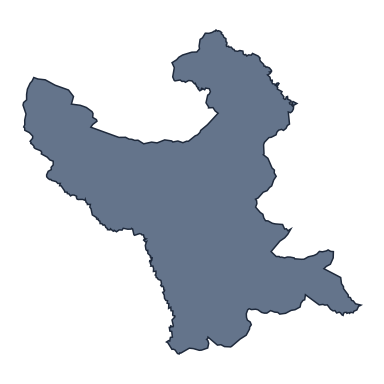 outline of Rio Verde, Goiás, Brazil
{"feature_id": "56859067B61062500019904", "entity_name": "Rio Verde", "entity_type": "district", "adm_level": 2, "iso_a3": "BRA", "parent_name": "Brazil", "parent_adm1": "Goiás", "projection": "mercator", "projection_center": [-51.014, -17.719], "detail": "fine", "context": "isolated", "style": "filled", "palette": "slate", "viewbox_px": 384, "rotation_deg": 0, "n_neighbors": 0, "source": "geoboundaries", "source_scale": "gbopen_adm2", "svg_char_len": 5922}
<svg xmlns="http://www.w3.org/2000/svg" viewBox="0 0 384 384"><path d="M169.9,331.1L171.7,331.4L172.4,337.1L170.4,337.4L169.7,341.0L168.6,340.6L166.5,342.0L167.8,342.7L171.9,349.3L173.5,349.2L175.2,350.1L177.5,353.5L179.2,354.0L179.9,352.8L180.8,353.1L189.3,348.2L193.4,348.6L199.3,350.3L201.6,350.1L207.7,348.0L208.7,343.3L207.8,340.5L206.6,339.4L207.7,338.5L208.0,337.1L217.4,345.1L221.0,344.7L224.5,346.6L230.7,346.9L231.8,346.2L240.2,339.0L246.2,335.2L249.5,329.1L249.7,327.1L251.3,324.8L250.2,322.0L247.4,320.1L246.5,317.4L246.3,313.7L247.7,309.8L249.2,308.7L251.4,309.6L255.5,309.2L257.8,309.7L261.6,312.4L264.2,313.1L266.9,313.1L270.6,310.6L274.6,312.1L277.8,312.4L279.7,314.1L285.6,313.3L291.1,310.4L295.1,309.7L300.1,307.0L300.9,303.2L303.0,300.4L304.7,299.8L305.4,294.7L319.2,304.9L322.9,304.4L324.8,305.1L327.3,304.9L330.5,309.2L333.0,310.9L334.9,310.6L336.7,313.0L339.1,312.2L340.3,312.7L342.0,314.9L343.1,315.4L343.6,313.2L344.8,312.4L346.7,312.4L346.9,313.3L349.2,312.6L349.6,313.3L350.8,312.3L353.2,312.8L353.8,311.3L356.9,309.9L358.9,305.5L359.6,305.9L361.0,305.1L355.5,303.8L353.3,300.9L351.6,300.4L350.4,297.6L348.3,297.0L348.2,294.9L343.5,288.6L343.5,286.7L341.5,283.7L340.7,277.5L323.9,268.7L326.3,266.4L330.4,264.2L333.2,257.9L333.4,251.6L330.7,251.4L328.1,249.9L326.4,250.9L322.4,251.8L319.4,251.4L316.8,254.1L313.9,255.5L308.3,256.8L304.1,259.2L301.5,259.3L294.7,258.8L294.2,257.9L290.2,257.1L287.3,257.0L284.6,257.9L281.7,257.1L280.2,257.3L279.2,256.5L276.2,256.5L271.1,251.6L279.9,241.1L284.7,237.8L287.7,234.4L290.8,229.0L287.9,230.7L286.4,228.8L284.6,229.0L282.6,224.5L275.3,223.9L272.4,223.3L268.0,220.9L265.5,220.7L263.8,217.9L262.9,214.3L260.2,212.4L255.6,207.1L256.9,203.7L256.6,200.7L255.5,199.2L258.1,198.0L263.2,192.2L267.1,190.7L269.5,187.5L271.7,185.9L273.7,180.0L276.2,176.3L274.2,172.9L274.4,170.1L272.0,167.9L267.9,158.3L263.3,154.7L264.0,153.9L263.6,144.7L264.4,142.4L268.9,137.6L271.2,137.3L276.1,134.8L276.8,132.3L278.6,130.2L281.5,129.4L283.5,130.4L286.0,128.4L287.4,125.5L289.5,124.1L288.3,112.0L290.5,112.7L292.2,111.3L293.4,109.0L293.7,105.3L296.9,103.5L293.0,101.5L292.0,102.5L292.8,105.2L292.4,105.9L290.8,104.0L289.7,103.9L289.4,102.7L291.2,101.6L290.7,100.5L287.8,99.3L287.5,96.5L286.3,96.9L285.7,99.1L284.9,99.4L283.5,98.4L283.8,96.7L281.1,93.3L282.0,91.6L277.3,89.1L277.7,87.4L276.9,86.8L279.0,83.5L278.2,82.9L276.8,83.3L276.0,85.6L275.2,85.4L275.1,84.1L272.5,83.7L271.8,81.9L272.4,81.1L272.1,80.1L270.6,80.5L270.0,77.2L267.5,74.9L269.9,73.7L270.7,72.7L269.6,72.0L271.5,71.5L271.5,70.5L269.4,67.9L266.9,66.9L266.1,67.3L265.1,66.1L264.1,66.2L263.6,64.3L260.4,61.2L259.6,58.9L260.1,58.1L258.1,56.0L252.5,53.4L251.3,55.1L248.4,54.9L246.8,56.0L245.7,54.5L244.6,54.9L243.3,54.1L242.9,51.1L239.8,50.5L237.7,51.3L234.8,50.9L234.0,49.4L233.1,49.4L231.2,47.1L229.0,47.2L228.6,46.2L226.6,46.4L226.3,44.8L226.9,44.1L226.9,42.4L226.0,41.8L225.9,38.6L223.9,37.4L223.0,35.1L221.3,33.7L221.7,32.6L220.1,31.3L218.4,30.7L217.5,31.1L216.0,30.0L215.3,31.2L214.4,31.0L212.2,32.4L209.0,33.3L205.3,33.2L202.5,37.8L200.1,39.4L199.1,46.1L199.5,48.9L196.8,52.0L191.7,52.2L182.6,55.0L178.9,57.2L176.7,59.7L172.0,62.7L174.3,67.7L172.7,76.9L174.2,80.4L175.0,80.9L180.2,80.0L181.9,81.4L184.1,81.3L185.4,82.3L188.7,80.5L191.9,80.9L194.5,83.8L195.3,83.3L196.7,86.6L198.4,87.9L197.9,88.6L199.8,90.8L201.8,89.6L201.3,89.0L201.8,88.2L204.7,89.8L205.7,88.1L209.3,88.7L210.4,91.7L209.2,94.1L207.7,95.1L206.0,102.8L208.6,106.9L208.5,107.9L213.0,107.6L215.2,111.0L218.1,113.2L207.4,124.8L200.7,130.4L199.9,132.5L197.5,134.9L195.2,135.8L188.4,141.3L186.6,141.2L182.9,142.7L177.9,141.0L172.8,142.0L171.7,140.9L164.7,139.9L157.1,142.9L151.6,142.1L143.7,143.8L138.0,140.2L134.7,140.4L131.9,139.3L129.0,139.1L125.6,137.3L118.9,137.4L90.8,127.2L92.7,124.5L97.0,121.2L96.4,119.6L92.7,117.4L93.0,113.5L92.0,111.6L86.4,107.5L84.3,106.7L80.3,105.3L71.4,104.1L73.5,96.5L68.5,90.0L55.1,85.2L45.2,79.8L37.9,79.0L33.8,77.5L32.1,81.0L30.1,83.3L27.4,89.2L26.6,94.3L26.6,99.9L23.6,102.5L23.0,105.1L26.0,114.0L24.7,120.2L24.8,124.7L23.7,127.0L24.6,127.8L24.8,130.3L29.4,132.6L32.7,136.1L32.6,138.3L30.1,141.3L31.1,142.5L30.8,143.4L32.5,144.5L34.1,146.5L34.0,147.5L35.3,148.6L40.7,150.8L41.7,152.3L41.3,153.9L47.2,157.1L49.8,159.9L53.2,161.2L53.2,164.9L51.1,167.3L51.3,169.6L48.2,171.3L46.6,174.9L46.7,176.8L48.3,178.6L49.8,179.6L50.8,179.4L51.6,180.4L56.1,181.6L57.9,183.5L60.3,183.4L59.6,185.7L61.1,185.8L64.6,190.9L64.7,192.0L67.3,192.3L67.3,193.6L69.0,193.9L70.5,195.9L72.2,195.0L74.1,195.1L76.6,196.3L76.4,197.6L77.2,199.2L78.2,199.5L82.5,199.4L85.0,200.3L85.3,199.4L86.1,202.3L87.5,203.6L87.4,204.5L90.4,204.4L89.8,207.2L91.0,208.7L92.3,214.9L96.7,217.7L96.5,218.8L97.3,219.4L98.1,219.0L98.7,220.6L99.9,221.2L100.1,223.6L101.8,223.6L103.1,225.2L104.1,224.8L105.0,225.4L105.8,227.4L107.4,228.6L107.5,229.7L110.0,229.9L110.5,228.8L112.8,230.9L113.7,231.2L114.2,230.3L116.5,231.8L119.2,229.9L122.1,230.1L123.2,228.3L127.7,229.2L131.1,229.1L131.5,228.4L132.6,229.0L133.9,234.7L134.6,235.3L139.6,233.6L141.4,234.1L141.9,234.9L143.5,234.9L144.0,237.2L145.2,238.7L146.1,238.9L144.6,239.8L144.1,239.4L143.6,240.1L145.7,242.1L146.6,241.6L145.3,245.4L145.9,249.4L146.6,250.5L147.7,250.3L147.9,253.5L150.5,255.9L150.2,256.9L152.2,257.7L152.1,258.7L151.0,258.2L151.6,260.3L149.8,260.6L149.6,261.7L150.9,261.9L150.3,263.2L151.1,265.5L150.8,266.1L152.9,266.1L153.6,268.7L153.4,271.5L155.9,271.2L156.0,273.5L155.2,275.0L155.9,275.3L156.2,277.5L157.2,277.8L158.2,279.4L160.7,280.3L161.1,281.2L161.5,283.9L160.7,285.4L161.9,286.6L162.8,286.1L163.7,287.6L163.8,289.9L164.6,290.2L164.1,291.7L162.7,292.3L164.2,295.0L164.5,298.3L165.8,300.4L167.5,300.7L167.1,303.2L168.8,303.7L168.6,308.4L170.8,307.2L171.0,310.7L172.9,311.0L172.7,315.1L173.3,315.8L174.7,315.8L174.9,316.9L172.0,320.0L173.4,326.0L172.9,326.8L170.7,325.8L170.4,326.7L171.3,326.7L170.5,327.5L169.3,327.5L169.9,331.1Z" fill="#64748b" stroke="#1e293b" stroke-width="1.5"/></svg>